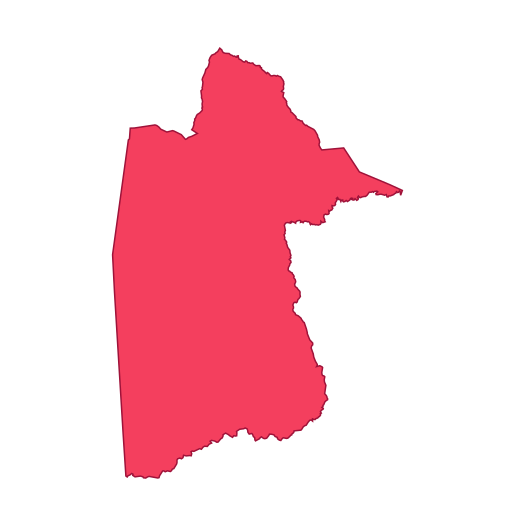 Água Boa, Mato Grosso, Brazil (Mercator projection), rotated 264°
{"feature_id": "56859067B27604315767494", "entity_name": "Água Boa", "entity_type": "district", "adm_level": 2, "iso_a3": "BRA", "parent_name": "Brazil", "parent_adm1": "Mato Grosso", "projection": "mercator", "projection_center": [-52.48, -14.089], "detail": "fine", "context": "isolated", "style": "filled", "palette": "rose", "viewbox_px": 512, "rotation_deg": 264, "n_neighbors": 0, "source": "geoboundaries", "source_scale": "gbopen_adm2", "svg_char_len": 6040}
<svg xmlns="http://www.w3.org/2000/svg" viewBox="0 0 512 512"><g transform="rotate(264 256 256)"><path d="M396.3,144.3L385.7,142.4L384.8,141.2L272.3,113.5L235.0,111.5L93.7,105.3L50.8,103.6L49.7,104.8L50.8,105.7L51.5,107.9L52.7,109.7L51.8,110.9L50.7,110.5L49.0,112.6L49.2,118.0L48.3,120.4L47.2,120.9L46.7,123.1L47.7,125.2L48.0,126.6L45.5,135.1L45.7,136.4L47.5,137.1L51.9,140.6L52.0,141.8L50.9,143.1L51.6,145.5L50.6,148.3L51.3,149.5L52.8,150.5L53.1,152.0L57.4,155.3L58.7,155.8L61.4,156.1L62.5,156.9L63.0,159.1L62.1,160.7L63.1,162.3L65.4,163.1L64.5,165.7L64.5,169.1L64.1,170.7L66.1,171.4L68.1,170.9L68.7,172.1L68.2,173.8L70.3,179.8L69.5,181.5L71.4,183.3L72.2,184.9L71.7,187.7L73.7,189.7L74.6,192.3L76.6,191.0L77.3,192.5L76.3,195.6L74.9,197.5L74.9,198.8L77.8,201.8L78.6,203.4L80.4,204.4L81.8,204.6L83.0,207.3L81.1,210.1L80.2,210.8L78.1,213.7L79.6,215.1L79.1,216.6L79.2,218.0L82.1,218.5L83.6,218.3L85.4,221.6L85.5,225.8L86.1,227.2L85.1,229.0L83.5,229.5L81.6,229.5L79.6,230.6L79.9,233.3L78.8,234.0L76.7,234.5L75.5,235.7L73.1,235.7L72.2,236.2L73.9,240.4L74.9,241.2L75.6,242.5L73.9,244.3L73.4,245.7L73.7,247.6L76.3,250.1L77.4,250.7L77.2,252.6L76.3,255.1L74.5,256.1L73.4,258.2L72.1,258.3L71.2,259.0L70.4,260.1L69.9,261.4L71.4,262.7L72.4,264.1L71.4,267.2L71.5,268.6L73.1,270.8L74.1,271.7L74.3,272.8L75.4,273.3L76.2,274.7L77.0,275.3L78.1,275.6L78.1,282.5L78.9,283.4L81.1,285.1L82.1,286.6L82.5,288.3L85.0,290.2L87.0,292.3L87.1,293.8L85.9,295.0L88.1,295.2L87.4,296.4L87.2,297.7L87.9,298.3L88.5,300.5L89.4,301.4L89.8,302.4L91.2,303.6L92.6,303.5L92.9,304.5L94.6,303.8L95.9,305.1L96.5,306.6L97.4,307.0L98.5,305.7L99.4,306.9L100.5,307.0L101.0,307.8L103.5,309.1L104.5,310.2L105.6,312.2L106.7,312.3L107.6,311.8L108.6,311.8L109.9,311.3L111.9,309.9L120.1,312.0L123.3,311.0L124.6,310.9L126.1,311.0L128.7,311.8L129.6,311.1L130.2,309.7L131.2,309.3L133.1,309.2L138.1,310.6L138.9,310.1L140.2,308.0L139.7,304.7L140.8,305.5L141.8,305.6L145.1,304.1L149.4,302.9L152.7,302.7L158.8,301.2L161.0,302.1L161.7,303.1L163.5,303.3L167.0,300.7L173.4,298.9L174.4,299.0L178.2,298.5L184.8,297.0L185.6,296.0L186.9,295.5L188.0,294.7L189.4,294.3L192.1,291.8L193.5,289.2L194.9,289.0L197.1,287.2L199.0,287.0L200.4,287.9L201.9,287.9L203.4,287.5L204.5,288.1L205.7,288.9L206.0,290.1L205.3,291.1L205.9,292.1L208.3,293.1L209.1,294.2L211.1,295.9L213.6,295.7L214.8,296.0L216.2,295.9L218.7,294.1L220.0,293.5L220.9,292.4L221.9,291.6L224.2,291.5L225.3,292.4L226.5,292.8L228.6,292.5L229.8,291.6L230.9,291.3L231.8,291.8L233.5,291.1L234.5,290.3L235.6,290.1L236.3,288.6L237.3,288.0L237.8,287.0L238.9,286.5L241.2,287.0L243.5,288.6L244.9,288.9L245.8,290.1L247.4,290.1L249.2,288.7L250.5,290.5L251.6,290.0L252.9,290.8L255.6,290.2L258.2,290.2L261.3,288.4L264.4,287.9L265.5,287.4L266.6,288.0L268.6,287.0L269.6,286.1L271.2,286.6L274.2,286.1L275.3,287.3L276.9,287.1L278.3,287.9L283.7,287.4L285.2,288.5L285.9,289.5L286.0,290.8L285.5,292.5L286.2,293.8L285.1,293.7L285.5,294.8L286.6,295.1L285.6,297.3L284.5,298.8L285.5,299.0L286.7,300.8L286.8,303.4L286.1,304.2L284.8,303.8L285.1,305.7L284.2,306.3L285.1,307.1L285.5,307.9L285.3,309.6L284.6,310.7L284.7,311.8L283.6,313.0L282.3,313.1L281.4,313.5L282.2,314.6L281.4,315.6L281.3,317.4L280.7,318.4L280.8,319.7L280.2,321.2L280.8,323.3L281.8,324.1L283.8,324.2L282.2,325.9L282.8,328.4L283.9,327.9L285.2,328.1L287.6,327.3L289.8,328.0L290.4,329.6L289.8,330.8L290.0,332.3L290.6,333.1L293.4,333.1L292.7,333.8L293.6,334.8L293.8,336.1L295.5,337.4L296.8,336.8L298.2,336.9L297.7,338.2L298.0,339.7L299.0,340.5L300.6,340.4L302.7,342.1L303.9,342.5L304.9,342.0L305.7,343.2L304.8,343.7L303.6,343.9L303.5,345.4L301.3,346.1L302.6,346.8L302.6,348.1L301.4,348.1L300.7,348.7L300.9,350.1L301.8,351.5L300.6,352.6L301.8,355.1L303.3,356.0L303.6,357.0L303.2,358.1L302.3,357.0L301.5,358.4L301.5,359.5L302.7,360.5L300.8,362.0L301.5,363.4L302.5,363.8L303.6,363.1L304.9,364.1L303.5,365.1L303.1,366.2L303.6,367.2L303.9,369.5L303.8,371.2L304.8,372.8L307.6,375.3L307.4,377.5L307.9,378.6L307.1,379.5L307.8,380.3L307.9,383.0L307.1,383.8L305.5,381.7L304.5,381.9L304.2,383.6L304.5,385.9L304.3,387.2L303.0,390.3L303.5,392.0L301.1,392.5L300.9,393.6L301.9,394.4L301.7,395.8L302.7,399.4L303.5,400.3L303.9,401.7L305.3,402.4L304.3,403.5L304.5,404.5L305.6,405.4L304.6,406.3L303.5,406.1L301.3,406.2L305.9,408.4L313.0,396.4L328.8,367.6L354.3,354.5L354.6,332.6L356.3,331.5L359.5,330.3L361.0,330.5L362.5,331.2L365.0,331.0L368.2,329.8L369.7,329.8L374.3,327.8L375.9,326.6L379.6,321.0L380.8,320.0L380.6,319.0L382.9,316.9L385.5,315.9L385.7,314.4L387.0,312.8L387.2,311.7L389.3,310.2L390.5,310.3L394.8,306.8L395.7,305.6L397.1,305.7L398.7,305.1L400.3,303.8L402.8,302.4L404.3,302.5L405.5,302.2L406.3,302.7L410.0,300.7L410.8,299.8L412.2,299.6L415.6,300.7L417.0,298.5L417.8,299.1L418.6,300.6L419.7,301.0L421.8,300.9L424.3,301.8L425.2,301.5L426.3,301.8L428.5,301.0L431.7,299.2L432.3,297.6L433.3,296.1L432.7,295.0L433.5,293.8L433.7,292.1L433.4,290.7L433.8,289.4L436.4,287.6L437.3,286.4L436.3,285.7L437.4,284.5L438.3,284.1L440.6,281.7L441.7,281.0L442.7,281.1L443.1,280.0L444.3,280.1L445.1,279.2L445.3,275.7L447.0,273.7L448.3,273.0L448.3,270.3L449.0,269.4L449.1,268.1L450.5,267.3L451.1,266.2L450.0,265.0L450.6,263.5L453.0,261.1L453.5,259.8L455.7,259.2L456.9,259.3L456.9,258.1L455.7,257.7L456.2,256.5L457.1,255.7L456.9,254.5L458.0,253.3L458.8,251.6L460.2,250.4L460.8,246.6L461.7,244.7L463.2,243.9L464.6,243.5L466.5,241.7L463.3,239.3L462.1,237.1L461.4,236.5L460.3,232.9L458.2,231.1L455.5,229.7L453.7,230.0L449.7,228.5L448.4,227.5L446.8,225.6L443.4,224.3L438.6,221.5L437.0,220.9L434.5,221.4L430.2,220.5L429.2,220.0L427.4,220.1L426.0,218.5L420.8,218.6L419.0,218.3L417.6,218.8L415.2,219.0L412.7,218.2L411.8,218.4L410.7,218.1L409.8,218.5L408.8,217.6L407.8,218.0L406.4,217.7L404.1,214.9L402.9,212.4L401.8,211.5L399.5,210.3L398.6,209.3L397.5,209.4L395.0,208.1L393.6,208.2L390.0,206.7L388.3,205.3L384.0,210.5L381.7,204.5L381.0,201.2L379.7,199.3L379.4,198.0L384.5,194.4L388.9,187.4L389.4,186.1L388.6,180.3L392.1,174.5L394.4,172.9L396.2,170.9L396.9,169.2L396.0,148.4L396.3,144.3Z" fill="#f43f5e" stroke="#9f1239" stroke-width="1.5"/></g></svg>